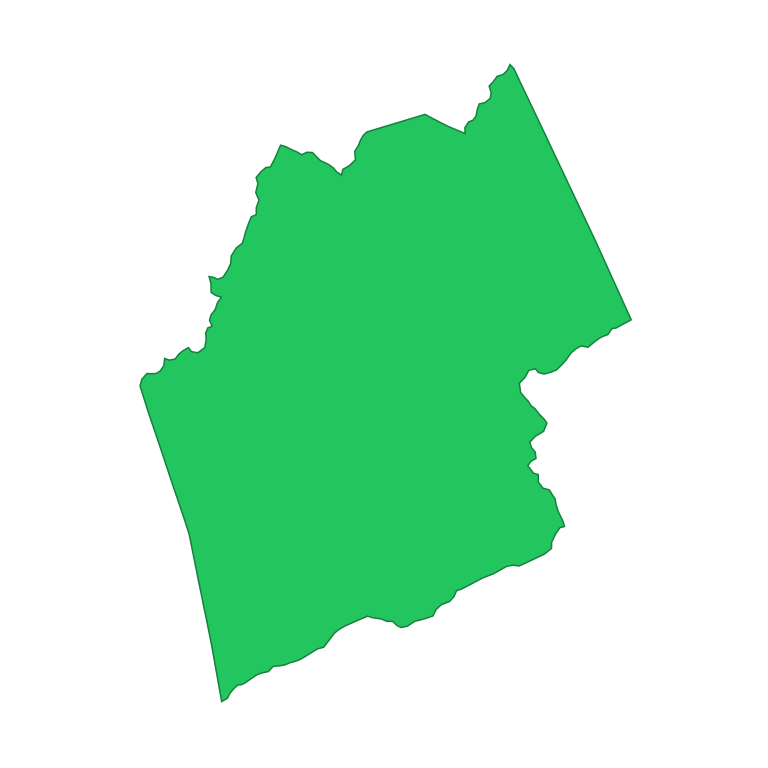 the district of Cantagalo, Rio de Janeiro, Brazil, rotated 183°
{"feature_id": "56859067B51854639642219", "entity_name": "Cantagalo", "entity_type": "district", "adm_level": 2, "iso_a3": "BRA", "parent_name": "Brazil", "parent_adm1": "Rio de Janeiro", "projection": "equal_earth", "projection_center": [-42.336, -21.867], "detail": "fine", "context": "isolated", "style": "filled", "palette": "green", "viewbox_px": 768, "rotation_deg": 183, "n_neighbors": 0, "source": "geoboundaries", "source_scale": "gbopen_adm2", "svg_char_len": 2749}
<svg xmlns="http://www.w3.org/2000/svg" viewBox="0 0 768 768"><g transform="rotate(183 384 384)"><path d="M208.1,228.6L208.3,234.8L204.6,243.6L200.6,249.9L196.3,251.1L198.2,256.6L203.0,265.2L205.9,272.7L207.0,278.1L210.2,282.3L213.3,286.9L219.8,288.3L224.7,294.1L225.2,301.6L230.1,302.8L236.1,310.0L233.2,314.5L228.3,317.6L229.4,323.9L233.2,328.0L235.5,333.4L230.1,339.7L222.1,345.1L219.3,353.5L222.4,357.5L227.1,361.7L232.1,367.4L235.8,369.8L239.1,374.4L242.8,377.9L247.1,382.7L248.9,391.8L243.5,398.0L240.0,405.3L233.5,407.1L230.4,403.5L224.7,402.3L218.2,404.4L212.4,407.1L207.7,412.2L203.5,417.4L198.8,424.8L194.0,429.3L189.3,432.3L182.2,431.4L176.2,436.9L171.6,440.8L167.6,443.1L163.1,445.0L159.3,451.2L155.1,452.1L151.2,454.6L145.6,457.9L140.5,461.1L179.1,535.7L208.2,589.7L236.7,642.7L264.2,693.4L270.7,705.6L274.9,709.6L277.5,703.3L281.6,699.1L287.1,697.2L290.8,691.6L294.6,687.0L292.2,680.4L292.9,674.8L298.0,670.2L303.5,668.7L305.2,663.3L306.1,656.4L309.2,651.9L313.2,650.2L316.6,644.3L316.2,638.4L332.7,644.3L336.7,646.0L343.8,649.2L349.7,651.9L357.1,655.4L414.4,634.8L417.7,631.2L420.3,626.1L422.1,620.7L425.4,614.9L424.3,606.3L430.1,600.2L436.4,596.1L437.3,590.4L442.4,593.4L445.6,596.9L450.7,600.3L459.2,603.8L463.7,607.8L467.5,611.4L473.2,611.4L478.2,608.6L482.8,611.1L488.6,613.2L494.6,615.9L499.8,617.1L502.2,610.4L505.2,602.7L508.8,594.8L513.4,593.9L517.9,589.7L522.5,583.5L520.4,577.5L522.1,568.5L518.5,561.2L520.8,553.2L520.4,546.5L525.3,544.0L527.7,537.1L530.1,529.0L531.4,522.7L532.9,517.1L538.5,512.3L543.3,503.9L543.4,496.3L546.3,489.1L550.4,482.2L555.6,479.8L559.8,481.6L564.3,482.2L562.0,475.0L561.4,466.3L556.6,463.6L550.9,462.1L554.4,456.9L556.4,449.7L560.3,444.0L561.6,438.5L558.7,432.6L562.9,430.8L564.7,425.8L563.9,419.1L564.9,411.0L571.5,405.5L577.9,406.2L581.2,410.1L586.5,406.7L590.5,403.0L593.9,398.0L599.7,396.6L604.4,398.0L604.8,390.8L608.0,385.5L611.8,382.7L616.5,382.1L621.2,382.1L626.2,375.9L627.5,369.2L617.4,342.2L606.2,314.2L591.1,275.7L576.2,238.2L570.7,223.8L559.1,178.3L554.3,160.1L552.3,152.0L549.8,142.8L542.4,113.8L529.5,58.4L523.9,62.0L521.6,67.2L518.0,71.9L514.4,75.6L510.2,76.4L506.1,78.9L502.1,82.2L495.3,87.3L489.6,89.4L484.4,90.8L479.9,96.2L473.1,97.2L468.0,98.4L463.5,100.6L459.3,102.0L454.6,103.8L448.8,107.5L436.8,115.9L430.4,118.0L423.9,127.6L420.6,132.4L416.2,136.5L409.9,140.5L401.7,144.7L388.3,151.3L382.4,149.9L374.4,149.2L368.7,147.1L362.9,147.4L358.4,143.5L354.1,141.7L347.9,143.4L340.9,148.6L332.2,151.3L323.0,154.9L320.1,161.6L315.2,166.6L307.1,170.3L303.0,175.3L300.7,181.4L296.3,183.1L291.9,185.6L275.1,195.6L269.9,197.9L265.2,200.0L258.5,204.2L251.8,208.4L245.5,209.8L239.6,209.3L224.2,217.5L215.0,222.5L208.1,228.6Z" fill="#22c55e" stroke="#15803d" stroke-width="1.5"/></g></svg>